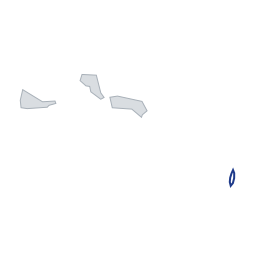 Turks and Caicos Islands, with Grand Turk highlighted, rotated 4°
{"feature_id": "TCA-5007", "entity_name": "Grand Turk", "entity_type": "state/province", "adm_level": 1, "iso_a3": "TCA", "parent_name": "Turks and Caicos Islands", "parent_adm1": "", "projection": "mercator", "projection_center": [-71.14, 21.473], "detail": "fine", "context": "in_parent", "style": "outline", "palette": "blue", "viewbox_px": 256, "rotation_deg": 4, "n_neighbors": 0, "source": "natural_earth", "source_scale": "10m", "svg_char_len": 653}
<svg xmlns="http://www.w3.org/2000/svg" viewBox="0 0 256 256"><g transform="rotate(4 128 128)"><path d="M141.4,113.8L140.7,116.4L130.5,108.9L110.9,108.9L107.8,98.6L115.3,96.9L140.1,100.5L145.8,109.5L141.4,113.8ZM20.3,97.1L40.9,107.8L53.3,106.2L54.3,108.5L47.6,110.9L46.0,112.9L26.1,115.7L19.9,115.2L18.6,107.9L20.3,97.1ZM102.0,99.2L98.8,101.2L88.4,94.5L86.9,89.2L83.1,88.9L76.9,84.1L78.4,77.8L92.7,77.5L98.4,94.9L102.0,99.2Z" fill="#d9dde1" stroke="#a8b0b8" stroke-width="1"/><path d="M235.7,162.6L237.1,165.6L237.4,170.6L236.5,175.6L234.5,178.5L233.3,174.8L233.4,170.5L234.4,166.2L235.7,162.6Z" fill="none" stroke="#1e3a8a" stroke-width="2"/></g></svg>